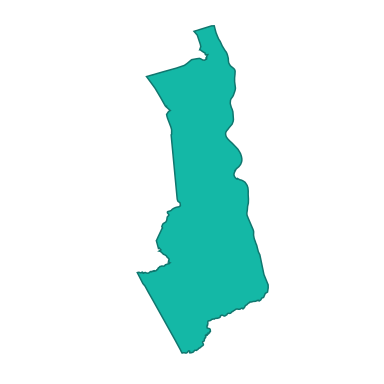 the district of Gamarra, Cesar, Colombia, rotated 164°
{"feature_id": "7082276B88005930101798", "entity_name": "Gamarra", "entity_type": "district", "adm_level": 2, "iso_a3": "COL", "parent_name": "Colombia", "parent_adm1": "Cesar", "projection": "albers", "projection_center": [-73.694, 8.322], "detail": "fine", "context": "isolated", "style": "filled", "palette": "teal", "viewbox_px": 384, "rotation_deg": 164, "n_neighbors": 0, "source": "geoboundaries", "source_scale": "gbopen_adm2", "svg_char_len": 5793}
<svg xmlns="http://www.w3.org/2000/svg" viewBox="0 0 384 384"><g transform="rotate(164 192 192)"><path d="M124.8,345.6L127.4,346.3L145.8,345.9L143.7,341.3L143.3,331.5L143.4,330.3L143.5,329.9L143.4,329.4L145.3,326.7L145.2,326.7L144.8,326.3L143.4,324.4L141.6,322.4L141.2,322.1L141.3,320.5L141.2,320.2L139.7,319.9L139.4,320.0L139.6,319.8L139.0,319.7L140.6,318.1L140.8,317.5L140.9,316.9L141.6,317.0L141.7,316.3L141.4,316.3L141.5,315.7L142.2,315.7L143.6,315.2L145.3,315.9L146.8,317.5L148.0,318.4L150.8,318.8L155.7,319.3L156.4,319.1L161.3,316.9L164.5,315.8L172.9,315.4L185.5,315.5L188.1,315.5L203.9,315.5L198.9,301.9L196.3,292.0L194.0,282.3L193.7,281.6L193.2,281.6L192.9,281.5L193.3,280.9L190.4,276.3L191.8,276.0L192.8,275.5L193.8,274.6L194.3,274.1L195.0,273.7L195.2,271.7L195.2,269.8L194.4,260.3L194.4,257.8L194.7,256.4L195.4,254.2L195.5,253.5L195.7,253.1L196.3,252.7L208.1,189.7L208.2,188.6L208.1,187.1L207.9,186.7L207.0,185.6L206.5,184.8L206.7,183.2L206.9,182.1L207.0,181.9L207.4,181.9L208.5,181.4L209.3,181.4L210.3,181.6L212.2,181.6L214.2,181.3L215.2,181.0L216.1,180.7L216.5,180.3L217.2,180.0L218.9,179.8L220.3,179.9L221.0,179.7L221.2,179.4L221.3,179.0L221.3,178.5L220.6,176.9L220.5,176.4L220.6,176.2L221.8,175.3L222.7,174.8L224.1,171.8L225.2,170.6L225.7,170.3L228.3,169.6L229.0,169.1L230.5,167.2L230.6,166.8L230.2,165.9L230.3,165.5L230.4,165.3L231.1,164.9L231.6,164.4L232.2,163.6L236.6,158.6L239.3,155.4L239.7,155.1L239.8,147.0L239.0,147.3L237.8,144.9L239.9,144.3L238.8,143.7L236.9,140.7L236.7,140.0L235.5,139.3L235.2,138.7L234.2,137.7L234.1,137.4L234.1,136.7L232.7,134.3L232.6,133.5L232.7,133.2L233.2,132.9L233.3,132.8L233.3,131.9L233.5,131.7L233.9,131.5L234.1,131.1L233.5,130.9L233.1,130.3L232.7,130.0L233.1,129.9L233.3,129.7L233.7,129.4L234.2,129.4L234.6,129.6L236.3,129.4L237.7,129.4L238.2,128.9L238.5,128.7L239.4,128.5L239.8,128.5L241.4,129.2L241.9,129.1L243.4,129.2L244.1,128.6L244.8,128.5L245.1,128.4L245.3,128.3L245.5,127.8L245.9,127.7L246.0,127.5L246.3,127.3L246.4,127.1L246.6,127.0L247.1,127.0L247.7,126.5L248.1,126.3L249.6,126.2L249.8,126.7L249.9,126.8L250.3,126.8L250.9,126.8L250.9,126.7L250.8,126.4L251.8,126.5L252.0,126.5L252.3,126.8L252.6,126.7L252.9,126.5L253.3,126.5L253.9,127.0L255.5,126.2L256.1,126.1L256.7,126.1L257.1,126.2L258.3,126.8L259.0,127.5L259.9,127.6L260.5,127.5L260.8,127.2L261.0,127.2L261.1,127.3L261.1,127.7L261.3,128.0L261.7,128.0L261.7,128.6L262.0,128.8L262.7,128.4L263.6,128.4L264.3,128.8L265.0,129.4L265.8,129.6L266.8,129.6L264.6,118.3L264.4,117.4L263.1,114.5L261.6,107.7L259.5,99.1L249.1,54.6L246.6,43.3L246.3,41.3L245.9,39.9L244.9,40.0L244.3,39.7L243.7,39.6L242.4,38.9L241.7,38.8L240.9,39.0L239.4,40.0L239.0,40.2L238.8,40.2L238.5,40.0L238.1,39.6L238.1,39.1L238.6,38.3L238.6,38.1L238.2,37.9L237.2,37.7L235.5,37.7L234.7,37.9L233.2,39.0L232.9,39.0L232.6,39.0L231.6,38.6L231.2,38.5L230.7,38.9L229.9,39.0L229.5,39.2L228.6,39.9L227.5,39.9L226.6,40.4L225.5,40.8L224.7,41.2L223.9,41.4L223.6,41.6L223.2,41.9L223.1,42.2L223.1,43.1L223.3,43.9L223.3,44.5L223.2,44.9L223.0,45.1L222.7,45.2L221.5,45.4L221.2,45.7L220.8,46.5L220.7,46.8L220.7,47.1L220.6,47.3L220.4,47.5L220.0,47.6L219.6,48.0L219.5,48.4L219.0,48.4L218.6,49.2L218.6,50.5L218.2,50.6L217.8,50.1L217.5,50.2L217.3,50.4L217.2,50.8L216.7,50.3L216.1,50.9L215.4,51.1L215.5,51.7L215.5,51.9L214.1,51.7L213.9,52.0L213.6,52.8L213.3,52.9L213.2,52.8L212.9,52.7L212.7,52.9L212.4,54.6L212.4,55.0L212.6,55.5L212.8,55.8L214.7,56.9L214.9,57.1L214.8,57.6L214.8,58.5L214.7,58.7L213.9,59.3L213.9,59.5L214.1,59.8L213.5,60.3L213.1,60.8L212.7,62.6L212.3,63.3L211.8,63.6L211.2,63.6L210.7,63.4L209.9,63.4L208.5,63.8L208.1,64.1L207.8,64.2L207.3,64.0L206.5,64.1L205.7,63.7L204.8,64.0L204.0,64.0L202.3,63.6L201.5,63.6L200.6,63.6L199.4,64.0L199.0,64.4L198.8,65.1L198.6,65.2L197.9,65.4L197.3,65.4L196.8,65.2L196.3,64.9L195.4,64.0L194.9,63.8L194.4,63.8L193.3,64.2L192.6,64.3L192.2,64.5L191.6,65.2L191.2,65.4L190.6,65.4L190.1,65.2L189.1,64.9L188.3,64.9L187.5,65.3L186.8,65.8L185.6,65.9L185.0,66.4L183.6,66.6L182.6,67.1L182.1,67.2L181.5,67.2L180.9,67.1L179.7,66.5L178.8,66.2L177.7,66.2L176.7,66.6L175.8,66.5L175.7,66.4L175.5,65.8L175.3,65.6L175.0,65.6L174.6,65.8L174.2,66.2L173.7,66.3L173.4,66.7L172.9,67.0L172.3,67.8L171.9,68.1L171.3,68.3L170.3,68.5L169.6,69.0L168.4,69.6L167.1,69.8L166.8,70.0L166.6,70.3L165.3,69.9L164.6,69.9L163.2,69.9L161.5,69.5L160.7,69.4L160.3,69.5L159.5,69.8L159.2,69.7L158.8,69.4L158.6,69.4L158.4,69.7L158.2,69.7L157.8,69.3L157.5,69.2L157.5,68.8L157.2,68.7L156.8,69.0L155.9,69.2L155.6,69.4L154.1,70.8L152.5,70.9L152.2,71.0L149.5,74.3L147.0,75.0L145.2,78.8L144.4,81.8L145.6,92.8L144.1,112.9L144.7,116.3L144.5,123.1L144.8,125.4L144.8,126.9L145.0,129.2L145.0,130.8L144.7,133.6L143.7,136.8L143.6,137.8L143.7,139.5L145.2,151.4L145.5,154.5L145.1,156.6L143.8,159.4L142.5,162.9L140.9,165.8L139.7,169.6L138.7,174.1L137.7,177.4L137.1,180.6L137.2,183.2L138.3,186.7L139.7,188.4L141.1,189.7L142.7,190.6L144.6,192.5L145.1,192.0L145.6,192.5L146.3,193.5L146.7,194.5L146.9,195.5L147.0,196.6L146.7,197.7L146.4,198.3L145.2,199.9L144.5,200.5L144.8,200.8L144.7,200.9L142.5,202.3L140.0,203.4L137.7,205.1L136.0,207.3L135.3,208.8L134.9,210.4L134.7,212.2L134.7,213.4L134.8,215.6L135.4,218.1L136.1,220.5L139.9,227.8L141.7,230.7L143.0,233.2L143.8,235.4L143.9,236.7L143.8,237.9L143.6,238.9L143.1,240.0L141.8,241.3L140.4,242.2L138.6,243.6L134.7,246.2L133.0,248.5L132.2,250.2L130.6,257.8L130.6,260.3L130.9,262.5L130.9,265.2L130.8,266.7L129.7,269.6L128.8,270.8L126.7,272.4L125.6,273.5L122.9,277.3L122.1,278.7L121.6,279.9L120.6,286.4L119.6,289.9L118.2,293.4L117.2,296.4L117.3,298.1L117.9,299.3L120.3,302.7L120.8,304.5L121.1,305.9L120.9,307.9L120.3,310.3L120.2,313.1L120.2,314.8L120.5,317.0L121.2,318.7L122.7,324.1L123.4,329.0L124.2,331.5L124.6,334.5L125.0,338.6L124.9,343.3L124.8,345.6Z" fill="#14b8a6" stroke="#0f766e" stroke-width="1.5"/></g></svg>